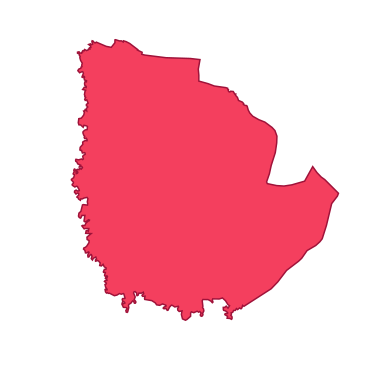 Ban Mai Chaiyaphot, Buri Ram, Thailand (Natural Earth projection), rotated 13°
{"feature_id": "78962969B40296665264995", "entity_name": "Ban Mai Chaiyaphot", "entity_type": "district", "adm_level": 2, "iso_a3": "THA", "parent_name": "Thailand", "parent_adm1": "Buri Ram", "projection": "natural_earth1", "projection_center": [102.815, 15.571], "detail": "fine", "context": "isolated", "style": "filled", "palette": "rose", "viewbox_px": 384, "rotation_deg": 13, "n_neighbors": 0, "source": "geoboundaries", "source_scale": "gbopen_adm2", "svg_char_len": 5854}
<svg xmlns="http://www.w3.org/2000/svg" viewBox="0 0 384 384"><g transform="rotate(13 192 192)"><path d="M170.0,61.2L160.3,62.3L136.5,67.0L115.2,69.2L112.1,69.1L112.0,67.1L107.0,66.0L107.2,65.5L97.9,61.3L94.0,60.3L91.3,60.1L91.2,61.3L89.3,60.6L87.4,61.1L83.2,60.8L82.7,61.1L83.3,63.9L80.8,69.2L75.7,69.4L65.0,67.5L64.6,68.3L63.3,68.5L61.7,67.2L60.7,67.1L60.6,67.9L61.9,70.4L60.8,71.2L59.7,70.5L58.1,71.5L60.0,72.4L60.9,73.6L60.9,74.0L59.7,74.5L60.3,75.7L59.0,75.9L58.9,76.8L57.5,77.9L55.4,77.3L55.2,78.6L54.3,78.5L53.7,79.1L54.0,80.1L53.0,80.7L53.2,81.6L51.4,81.8L50.4,80.8L49.0,81.5L49.2,82.5L51.2,83.0L51.6,84.4L52.5,84.9L52.5,86.4L53.9,88.9L56.1,91.2L56.0,93.2L56.6,94.6L55.8,95.2L55.9,96.3L53.9,97.9L53.5,99.5L55.7,101.1L57.9,99.4L58.6,99.5L59.5,100.8L58.9,104.7L59.7,104.9L60.4,103.6L61.0,103.7L61.5,104.2L61.2,105.4L62.0,107.0L64.2,107.3L64.3,108.4L63.0,108.4L62.8,110.1L63.4,112.0L65.2,112.9L65.4,114.0L63.5,114.1L62.4,116.7L65.5,116.8L65.1,118.3L65.3,121.4L66.1,122.4L66.1,123.3L67.1,123.7L66.6,125.9L67.4,126.8L68.7,125.9L70.8,128.8L69.4,130.4L69.7,131.7L70.9,132.1L71.3,132.7L70.2,134.5L71.1,136.6L69.3,135.9L69.1,137.1L68.2,137.5L69.2,138.7L69.2,141.3L67.6,144.9L65.2,146.0L65.6,150.1L66.7,152.0L68.4,151.7L71.4,153.4L71.7,151.3L74.4,151.3L75.4,151.7L75.8,154.8L74.0,155.5L73.2,156.4L72.3,157.7L72.4,158.9L73.7,161.0L74.9,161.8L74.6,162.9L75.3,164.0L77.0,163.4L78.2,164.9L78.1,165.7L76.6,165.7L74.5,167.5L74.3,168.3L74.9,170.1L73.0,173.6L73.3,176.2L73.8,176.6L75.0,176.3L76.4,178.7L78.5,177.8L79.1,178.2L79.4,179.4L77.9,180.7L77.5,181.9L78.7,184.2L78.2,185.0L76.9,184.7L74.2,186.2L71.6,186.2L71.4,187.1L71.8,188.2L73.1,188.7L74.3,190.3L77.7,191.0L77.7,191.6L76.5,192.4L76.5,193.0L78.6,192.3L79.5,192.4L79.8,193.0L78.9,194.7L77.6,194.3L77.0,194.7L76.9,195.6L75.3,195.7L74.7,196.2L74.6,196.9L76.3,198.4L76.2,199.4L75.4,200.1L75.0,200.0L74.3,197.7L72.6,196.0L72.2,196.1L71.9,197.3L72.6,198.7L72.1,200.8L72.3,201.3L73.6,201.6L73.5,204.6L71.7,206.7L71.7,207.3L74.3,209.2L74.3,210.4L73.5,211.5L73.9,212.4L76.7,213.5L78.1,212.4L79.1,212.4L81.7,215.4L81.9,216.0L80.5,216.8L78.6,216.2L77.4,217.4L77.5,218.6L79.4,220.1L80.9,218.7L81.9,218.8L82.3,220.5L81.0,222.5L81.1,223.0L82.3,223.3L83.1,224.4L85.1,225.2L85.3,223.6L86.5,223.5L88.4,222.0L91.0,220.9L92.1,221.9L92.2,225.2L92.9,226.5L93.1,228.3L89.0,228.7L88.2,229.2L88.1,235.8L86.6,238.0L86.8,241.0L87.7,242.1L89.1,242.6L89.6,242.1L90.0,239.6L92.9,238.9L93.3,244.6L94.0,245.1L95.3,244.9L97.4,242.3L98.4,242.4L98.4,243.0L97.5,243.6L95.7,246.1L95.1,248.7L92.8,249.2L92.3,249.8L95.2,252.2L96.4,251.5L99.7,250.8L99.8,253.6L98.6,253.0L97.6,253.6L97.7,256.2L103.1,255.2L99.8,259.6L100.5,261.9L102.6,262.5L103.0,264.5L101.7,268.2L100.6,269.9L99.3,270.7L99.1,272.0L100.8,273.0L101.9,275.3L102.7,275.2L104.6,273.7L105.2,273.9L104.6,276.9L105.3,278.7L106.0,278.6L107.2,275.8L108.0,275.6L109.0,277.1L108.8,279.6L110.3,280.7L110.8,278.8L112.9,277.0L114.1,278.9L113.2,279.9L113.6,281.1L115.5,280.1L116.4,280.2L118.5,281.8L118.6,284.4L120.4,284.4L121.6,282.5L123.3,284.6L125.5,285.4L125.5,286.8L124.0,287.1L123.6,289.7L123.9,290.2L125.7,289.9L125.5,292.8L125.9,293.4L126.7,293.6L127.9,292.8L128.6,293.3L128.5,294.6L127.2,294.5L127.0,295.7L128.6,296.3L129.0,297.3L127.3,297.9L126.8,298.8L129.1,300.1L129.1,300.8L128.0,301.7L129.2,304.1L131.2,306.0L131.1,306.6L129.9,305.9L129.2,306.5L130.2,308.8L131.4,309.7L132.2,309.1L133.2,309.6L134.4,309.2L139.7,310.5L142.1,309.3L144.1,307.3L146.1,307.5L147.9,306.4L148.6,306.8L150.6,310.4L150.5,310.8L148.3,311.5L148.2,312.6L149.2,314.0L151.0,314.5L151.6,315.3L150.2,316.4L149.0,315.5L148.9,317.0L151.1,319.8L154.0,319.4L154.7,319.8L154.8,320.8L154.2,322.3L154.9,323.8L155.9,323.9L156.3,323.3L156.4,318.8L155.6,316.8L155.8,315.7L157.5,314.0L158.6,311.5L159.6,311.5L160.9,313.3L161.8,313.1L162.1,312.3L161.8,311.3L159.9,309.8L160.3,307.1L157.8,303.6L158.0,302.3L158.9,301.8L160.8,302.9L161.3,304.9L161.8,305.4L162.7,304.7L163.0,302.5L165.4,302.0L167.1,300.6L167.8,302.0L166.6,303.6L166.6,304.2L167.5,304.8L169.7,304.1L169.7,306.4L170.1,307.3L177.3,306.9L181.2,308.3L182.9,309.9L186.0,309.7L188.5,307.7L192.0,308.2L192.4,308.9L190.2,310.9L190.1,311.7L191.0,312.1L192.8,311.3L194.5,312.9L195.2,312.6L196.1,309.0L197.4,306.9L198.4,306.9L201.1,307.9L204.3,306.4L204.8,307.0L204.2,308.8L204.7,310.3L206.4,311.3L209.0,310.1L209.2,313.7L211.3,317.8L214.5,318.4L215.8,317.3L218.6,313.4L217.9,310.3L218.3,308.9L220.9,309.2L223.8,307.0L225.5,307.6L226.4,306.7L228.1,307.9L227.7,309.9L228.1,310.6L229.0,311.0L230.0,310.4L230.3,309.1L229.7,307.8L230.3,305.2L229.5,303.3L228.3,302.3L228.3,300.9L226.4,295.6L226.8,294.3L231.9,293.2L235.0,294.1L236.7,295.3L237.2,294.5L236.1,292.7L236.2,291.5L242.6,290.1L245.5,288.4L249.1,290.4L252.3,293.6L254.2,294.4L253.2,297.0L251.0,295.5L249.9,297.0L248.4,297.4L249.0,299.6L249.5,300.2L251.4,300.3L253.8,301.4L254.0,302.4L251.7,303.0L251.6,304.1L254.6,305.1L254.6,307.1L257.4,306.7L259.1,307.2L259.5,306.5L259.2,305.0L258.8,304.2L257.6,303.5L257.9,301.9L257.3,301.0L258.8,299.9L259.1,298.1L260.9,297.6L261.5,295.6L262.9,296.3L264.4,294.3L266.0,294.8L266.7,293.7L266.8,291.1L268.3,291.7L290.9,268.5L295.8,260.3L301.8,247.1L311.4,235.5L313.8,231.9L317.3,223.2L324.6,216.3L327.8,211.7L329.4,208.3L330.5,194.4L330.7,171.9L334.6,163.3L335.0,160.3L318.5,150.0L314.6,148.4L309.4,145.0L303.9,140.1L299.3,156.1L287.6,162.6L280.3,165.5L273.1,166.7L263.5,166.9L262.4,165.4L263.3,156.9L263.2,148.3L264.3,134.9L263.5,125.2L262.2,118.5L259.0,113.5L255.5,111.1L247.3,107.5L240.8,106.5L234.1,104.5L230.5,102.0L228.3,99.4L226.4,95.9L225.5,95.5L224.1,95.7L222.4,95.1L222.5,94.3L220.9,93.1L216.7,92.3L215.0,89.6L212.7,88.0L212.6,86.7L211.7,87.0L209.6,84.8L207.0,85.1L206.5,85.9L205.7,86.1L204.5,85.2L204.5,84.1L203.7,83.8L203.4,82.9L201.4,82.7L189.9,83.7L183.2,82.8L173.7,82.4L172.4,76.7L170.5,70.9L170.0,61.2Z" fill="#f43f5e" stroke="#9f1239" stroke-width="1.5"/></g></svg>